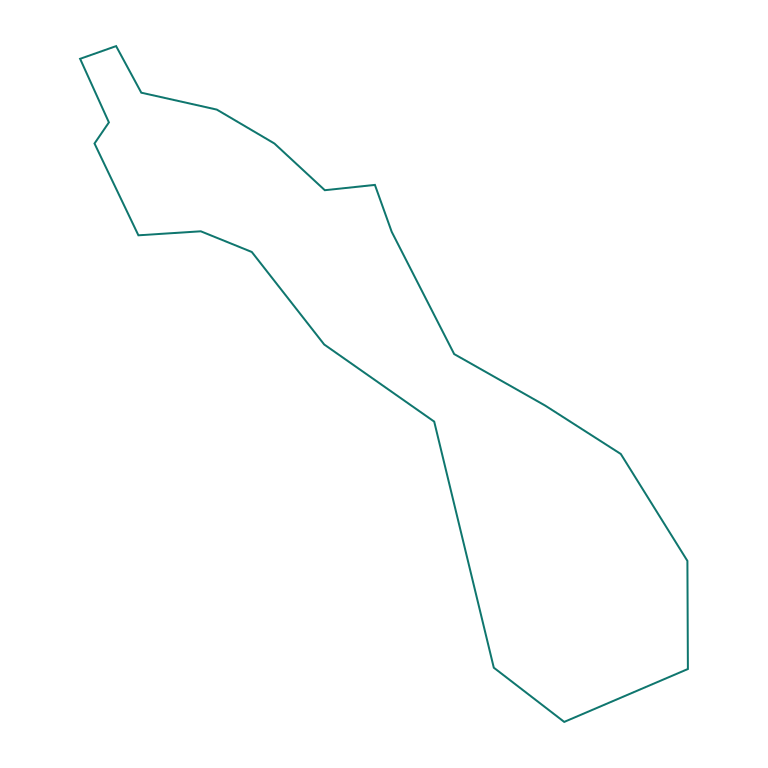 an SVG outline of Saint George Basseterre
{"feature_id": "KNA-5101", "entity_name": "Saint George Basseterre", "entity_type": "Parish", "adm_level": 1, "iso_a3": "KNA", "parent_name": "Saint Kitts and Nevis", "parent_adm1": "", "projection": "natural_earth1", "projection_center": [-62.687, 17.269], "detail": "fine", "context": "isolated", "style": "outline", "palette": "teal", "viewbox_px": 768, "rotation_deg": 0, "n_neighbors": 0, "source": "natural_earth", "source_scale": "10m", "svg_char_len": 398}
<svg xmlns="http://www.w3.org/2000/svg" viewBox="0 0 768 768"><path d="M374.9,184.9L391.7,231.8L454.2,354.1L545.2,405.6L620.8,454.0L687.4,560.9L687.9,669.0L564.2,721.9L493.8,667.7L434.2,421.6L324.2,344.5L251.8,252.0L200.8,231.3L138.4,235.3L94.5,143.5L108.9,122.4L80.1,58.8L116.1,46.1L141.3,92.7L216.8,109.6L274.4,143.5L324.8,190.2L374.9,184.9Z" fill="none" stroke="#0f766e" stroke-width="2"/></svg>